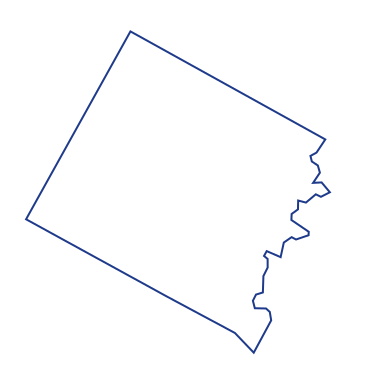 Llano, Texas, United States of America (Robinson projection), rotated 29°
{"feature_id": "52423323B33925670758301", "entity_name": "Llano", "entity_type": "district", "adm_level": 2, "iso_a3": "USA", "parent_name": "United States of America", "parent_adm1": "Texas", "projection": "robinson", "projection_center": [-98.441, 30.704], "detail": "fine", "context": "isolated", "style": "outline", "palette": "blue", "viewbox_px": 384, "rotation_deg": 29, "n_neighbors": 0, "source": "geoboundaries", "source_scale": "gbopen_adm2", "svg_char_len": 640}
<svg xmlns="http://www.w3.org/2000/svg" viewBox="0 0 384 384"><g transform="rotate(29 192 192)"><path d="M323.9,302.6L323.5,265.9L318.2,259.2L313.2,258.0L303.3,263.2L298.0,257.6L297.7,250.7L302.7,245.5L295.2,230.9L294.8,221.4L290.6,213.9L286.0,213.0L286.0,207.5L301.1,206.0L296.8,191.7L301.0,183.2L306.0,183.1L314.9,173.3L313.4,170.2L292.5,168.3L289.8,162.9L293.1,155.8L289.0,148.0L296.8,146.0L301.4,134.0L307.1,133.7L312.7,125.4L300.7,120.8L293.5,125.3L294.5,113.1L289.2,107.8L282.0,107.2L278.1,103.0L281.8,97.2L283.1,81.4L60.3,81.4L60.1,296.3L220.4,295.6L297.9,294.5L323.9,302.6Z" fill="none" stroke="#1e3a8a" stroke-width="2"/></g></svg>